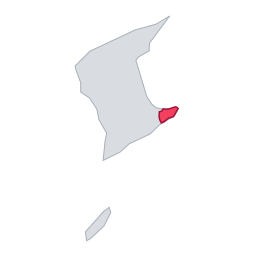 Diego Martin highlighted on a map of Trinidad and Tobago, rotated 157°
{"feature_id": "TTO-51", "entity_name": "Diego Martin", "entity_type": "Region", "adm_level": 1, "iso_a3": "TTO", "parent_name": "Trinidad and Tobago", "parent_adm1": "", "projection": "natural_earth1", "projection_center": [-61.564, 10.711], "detail": "fine", "context": "in_parent", "style": "filled", "palette": "rose", "viewbox_px": 256, "rotation_deg": 157, "n_neighbors": 0, "source": "natural_earth", "source_scale": "10m", "svg_char_len": 887}
<svg xmlns="http://www.w3.org/2000/svg" viewBox="0 0 256 256"><g transform="rotate(157 128 128)"><path d="M152.4,205.8L133.0,213.6L82.7,215.5L61.8,212.6L45.8,214.8L75.0,197.8L78.4,190.7L90.8,189.3L94.3,187.2L98.4,149.7L96.8,140.7L94.3,135.8L89.3,132.2L78.1,127.4L76.2,124.8L83.3,120.7L98.4,118.4L109.7,113.9L133.1,113.0L144.4,109.0L163.6,107.9L154.1,125.1L149.7,131.5L151.5,147.0L149.3,157.5L151.8,170.8L157.5,179.6L153.8,188.2L153.3,201.2L152.4,205.8ZM182.7,60.9L176.3,62.3L177.0,56.8L188.4,47.2L205.8,40.8L210.2,40.5L207.7,49.1L182.7,60.9Z" fill="#d9dde1" stroke="#a8b0b8" stroke-width="1"/><path d="M88.3,131.9L84.9,130.1L82.4,129.5L76.3,129.0L75.6,128.7L75.0,128.0L74.2,126.4L80.4,121.5L82.0,120.7L86.9,121.2L92.4,119.7L95.4,119.7L95.4,120.3L95.6,123.2L94.9,126.4L92.8,130.7L91.1,130.4L90.1,130.5L88.8,131.6L88.3,131.9Z" fill="#f43f5e" stroke="#9f1239" stroke-width="1.5"/></g></svg>